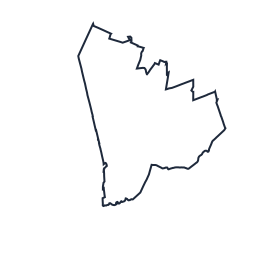 the district of Dubnas pag., Daugavpils, Latvia, rotated 121°
{"feature_id": "27541924B73485467634467", "entity_name": "Dubnas pag.", "entity_type": "district", "adm_level": 2, "iso_a3": "LVA", "parent_name": "Latvia", "parent_adm1": "Daugavpils", "projection": "equal_earth", "projection_center": [26.682, 56.079], "detail": "fine", "context": "isolated", "style": "outline", "palette": "slate", "viewbox_px": 256, "rotation_deg": 121, "n_neighbors": 0, "source": "geoboundaries", "source_scale": "gbopen_adm2", "svg_char_len": 5312}
<svg xmlns="http://www.w3.org/2000/svg" viewBox="0 0 256 256"><g transform="rotate(121 128 128)"><path d="M93.8,206.0L101.1,198.5L103.2,196.6L108.7,191.2L110.4,189.5L112.0,187.8L116.0,184.1L118.7,181.4L120.7,179.7L123.1,177.2L126.5,173.7L128.8,171.4L130.9,169.3L132.6,167.7L134.0,166.3L134.7,165.5L135.8,164.5L136.2,164.1L136.5,164.2L141.0,159.8L143.0,157.9L146.6,154.4L146.3,154.2L151.6,149.0L152.9,147.8L153.2,147.9L153.5,147.6L153.2,147.4L155.8,144.8L156.0,145.0L157.5,143.6L160.2,140.7L160.4,140.6L161.9,139.1L162.6,138.4L165.4,135.8L169.0,132.3L170.7,130.8L171.6,130.2L170.5,129.8L169.7,129.5L169.6,129.3L169.5,129.2L169.6,128.8L170.1,127.9L170.2,127.7L171.3,126.7L171.7,126.6L172.2,127.0L172.6,127.0L173.6,127.2L174.2,127.4L174.9,127.7L175.5,127.3L175.8,127.5L177.9,126.5L177.6,126.2L178.4,125.7L179.2,125.1L180.5,124.3L181.6,123.6L186.0,120.6L187.5,120.8L187.7,120.7L190.0,119.8L191.2,119.3L193.2,118.1L192.2,117.7L193.2,117.0L193.4,116.9L194.3,116.1L195.2,115.4L196.9,114.1L199.2,112.2L201.2,113.6L202.4,112.9L204.2,111.7L204.8,111.3L205.2,111.0L206.0,110.5L207.1,109.9L207.4,109.7L207.5,109.5L207.5,109.1L207.5,108.8L207.4,108.7L207.2,108.5L206.9,108.4L206.6,108.3L206.3,108.1L206.2,107.8L206.1,107.5L205.8,107.1L205.6,106.7L204.6,106.1L204.4,105.9L204.3,105.7L204.1,105.3L203.8,105.2L203.6,105.1L203.1,105.0L202.8,105.1L202.5,105.1L202.2,105.2L201.8,104.8L201.6,104.3L201.7,103.9L201.7,103.3L201.9,102.7L201.7,101.6L201.7,101.2L201.4,100.5L201.2,100.1L200.8,99.6L199.5,98.8L198.9,98.6L198.6,98.7L198.5,98.8L198.5,99.0L198.9,99.3L198.7,99.5L198.4,99.6L197.7,99.6L197.0,99.2L196.8,99.0L196.8,98.9L196.9,98.6L197.1,98.2L197.5,97.6L197.6,97.4L197.6,97.2L197.4,96.8L197.3,96.7L197.2,96.6L196.8,96.4L196.6,96.4L196.2,96.3L194.9,96.2L194.6,96.2L194.4,96.1L194.5,95.9L194.6,95.7L194.6,95.4L194.6,95.2L194.3,94.9L194.2,94.7L193.8,94.5L193.7,94.4L193.4,94.0L192.9,93.6L192.2,93.3L191.6,93.2L191.0,93.3L189.8,93.6L189.5,93.7L189.4,93.5L189.3,92.1L189.6,91.4L189.7,90.7L189.7,90.3L189.4,90.0L188.9,89.3L188.5,89.1L188.1,89.0L187.9,88.8L187.7,88.6L187.3,88.4L187.2,88.2L187.1,87.7L186.8,87.2L186.7,87.1L177.0,84.2L169.7,85.0L165.3,85.4L164.5,85.4L162.3,85.5L160.0,85.8L157.4,86.1L157.2,86.1L153.3,87.2L152.9,87.3L147.4,88.8L147.1,88.0L146.9,87.7L146.6,87.1L145.9,86.0L145.4,85.0L145.3,84.2L145.2,83.9L145.2,83.0L145.2,82.5L145.1,81.9L145.1,81.4L145.0,80.4L144.9,79.1L144.9,77.7L144.6,77.2L144.3,76.9L144.1,76.7L143.9,76.4L143.0,75.7L142.9,75.5L142.5,75.3L142.4,75.2L142.0,74.6L141.9,74.4L141.8,74.2L141.7,74.0L141.7,73.9L142.2,73.2L142.3,73.0L142.6,72.3L142.6,72.2L142.5,71.9L142.1,71.6L141.3,71.0L141.0,70.7L140.5,70.3L139.7,69.5L139.2,69.1L138.7,68.4L137.7,67.5L137.4,67.1L137.0,66.6L136.8,66.3L136.4,65.6L136.1,65.1L135.7,64.4L135.5,63.9L135.2,63.3L135.1,63.1L134.3,62.0L133.8,61.0L133.0,59.7L132.8,59.2L132.7,58.2L132.5,57.6L132.3,56.1L132.1,55.6L131.9,55.3L131.5,55.0L130.5,54.6L128.4,53.8L126.4,53.0L124.6,52.3L123.8,52.0L123.2,51.8L122.5,51.5L122.2,51.3L121.3,51.1L120.7,51.1L120.4,51.1L120.0,51.2L119.6,51.3L119.2,51.4L118.6,51.7L118.2,51.9L117.7,52.1L117.2,52.3L116.7,52.3L116.3,52.4L116.0,52.4L115.6,52.3L115.2,52.2L114.9,52.1L114.4,51.9L114.0,51.7L113.7,51.5L113.3,51.3L112.9,51.2L112.5,51.1L112.3,51.1L112.1,51.1L110.9,51.2L110.4,51.2L109.8,51.0L109.5,50.9L108.3,50.5L108.0,50.3L107.7,50.1L107.3,49.4L107.1,49.0L107.0,48.7L107.1,48.3L107.3,47.9L107.3,47.7L107.3,47.4L107.2,47.3L107.1,47.1L106.9,47.0L106.7,46.9L106.1,47.0L105.7,47.1L105.4,47.1L105.2,47.3L104.4,47.6L103.3,47.8L100.0,48.2L98.0,48.5L97.7,48.6L96.3,48.8L95.6,48.8L95.3,48.7L95.1,48.7L93.7,48.2L92.5,47.9L91.7,47.6L91.0,47.5L90.0,47.2L88.7,46.8L87.6,46.5L86.2,46.1L80.6,44.5L80.3,44.4L80.0,44.4L79.5,44.4L78.1,44.4L78.1,44.6L77.9,44.8L75.2,48.1L73.9,49.5L70.3,53.8L70.0,54.4L69.6,54.8L69.4,55.1L69.2,55.2L63.0,62.5L62.2,63.6L60.8,65.3L57.5,65.9L58.0,66.4L57.8,66.5L51.9,72.1L52.1,72.1L58.1,76.8L58.6,77.1L59.0,77.3L62.9,80.3L63.2,80.6L70.6,86.4L63.5,90.6L63.7,90.8L63.2,93.0L60.5,93.2L59.0,93.3L53.1,96.9L64.0,105.5L65.2,106.4L67.9,108.5L71.0,111.0L72.9,113.2L74.9,114.9L75.4,115.4L64.0,119.9L59.4,121.8L59.6,121.9L59.8,121.9L61.9,121.4L62.5,121.7L62.6,121.8L62.5,122.0L59.3,123.9L55.9,126.0L53.8,127.2L52.5,127.9L52.2,128.4L53.1,128.6L52.6,128.8L51.9,129.1L51.5,129.3L52.0,130.1L52.7,130.8L52.8,132.2L53.3,135.3L55.2,135.0L56.3,134.7L56.5,134.7L57.9,134.4L58.5,138.4L59.3,138.3L60.1,138.3L60.4,138.3L61.6,138.5L62.1,138.5L66.9,139.0L68.0,139.0L70.1,139.1L70.5,139.2L71.1,139.3L71.7,139.3L72.2,139.4L72.2,139.5L70.9,141.1L68.8,143.0L68.1,144.8L68.2,145.0L68.5,145.6L68.7,146.1L69.7,147.4L70.3,148.2L71.8,150.1L72.3,150.7L72.5,151.0L68.4,151.8L65.1,152.3L63.2,152.6L60.2,153.6L59.2,153.9L57.5,155.0L56.9,155.2L55.4,155.4L55.2,155.4L54.6,155.1L53.0,155.4L51.7,155.8L51.3,155.8L51.5,156.6L52.2,159.4L52.5,160.3L52.9,161.8L53.0,161.9L52.9,162.0L52.3,162.2L52.5,164.0L52.9,167.3L53.2,169.6L52.2,169.7L51.6,170.0L51.5,169.9L48.9,171.6L48.8,171.9L48.5,173.2L49.8,174.9L50.7,173.5L51.7,171.5L52.4,172.2L54.5,173.9L54.6,174.0L57.6,176.5L57.8,177.3L58.1,178.7L60.8,189.2L61.0,190.1L60.4,190.2L57.9,190.9L57.1,191.1L56.3,191.2L55.9,191.1L56.0,192.1L56.4,195.3L56.8,199.1L57.5,205.0L57.6,205.7L58.0,208.6L58.2,209.9L58.1,210.1L57.9,210.3L56.6,211.6L56.8,211.6L75.1,209.6L91.9,207.7L93.8,206.0Z" fill="none" stroke="#1e293b" stroke-width="2"/></g></svg>